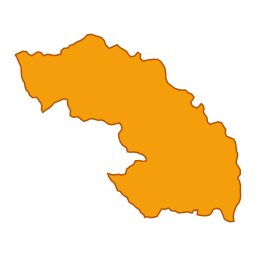 the district of Inhaúma, Minas Gerais, Brazil
{"feature_id": "56859067B77049971161893", "entity_name": "Inhaúma", "entity_type": "district", "adm_level": 2, "iso_a3": "BRA", "parent_name": "Brazil", "parent_adm1": "Minas Gerais", "projection": "mercator", "projection_center": [-44.417, -19.5], "detail": "fine", "context": "isolated", "style": "filled", "palette": "amber", "viewbox_px": 256, "rotation_deg": 0, "n_neighbors": 0, "source": "geoboundaries", "source_scale": "gbopen_adm2", "svg_char_len": 2665}
<svg xmlns="http://www.w3.org/2000/svg" viewBox="0 0 256 256"><path d="M107.8,173.6L108.7,176.6L110.9,180.1L114.5,183.3L116.4,187.4L117.5,190.6L120.3,191.4L122.0,193.9L124.7,196.0L127.2,197.5L129.1,202.0L133.0,204.5L136.4,207.6L139.3,209.6L140.8,212.6L143.8,214.7L144.7,217.4L147.5,216.6L150.2,217.7L153.4,217.3L156.9,216.5L159.7,212.1L161.6,208.9L165.2,209.3L168.6,207.9L171.3,210.8L174.7,210.9L178.6,212.9L183.1,212.5L187.5,211.8L192.1,213.0L193.7,210.3L197.5,210.0L197.3,214.7L201.2,215.5L205.4,215.8L209.3,215.0L211.7,212.6L213.0,209.6L216.1,208.4L219.6,209.0L221.4,211.2L223.0,215.2L224.4,218.9L226.8,220.5L230.0,221.7L233.9,221.2L233.3,217.3L233.8,212.5L235.2,208.9L236.6,205.6L239.2,202.2L240.1,199.3L240.6,196.4L240.3,191.4L240.5,186.0L239.6,181.5L237.6,177.7L240.2,174.5L240.3,170.2L238.7,167.3L236.0,162.9L236.8,159.2L237.7,154.6L236.2,149.8L235.9,145.2L235.2,141.9L233.8,139.3L229.9,137.6L226.4,136.3L225.3,133.1L225.7,129.5L223.8,126.6L221.4,122.7L217.9,121.9L214.5,122.9L209.9,124.4L207.3,121.6L206.9,117.5L204.8,114.6L203.3,112.1L204.0,109.1L203.4,106.0L201.2,103.7L199.1,106.1L197.1,108.1L192.4,106.1L190.6,102.4L192.6,99.7L194.0,97.2L191.6,94.1L188.2,92.6L185.2,90.0L182.5,90.1L178.7,89.8L174.3,88.1L170.3,85.1L167.3,82.4L165.8,78.0L165.7,73.6L165.3,70.7L164.6,67.3L162.8,64.5L161.0,61.8L157.9,59.5L154.4,59.3L150.1,59.6L146.5,60.3L143.3,61.2L140.2,58.3L140.6,54.2L137.6,52.4L134.8,55.9L130.8,56.8L128.6,54.8L126.6,51.5L123.0,49.2L119.9,47.5L117.1,44.7L113.6,46.3L109.2,48.4L105.8,45.1L104.2,40.7L101.5,37.6L96.2,36.0L91.0,34.3L87.2,35.0L84.5,38.0L81.1,40.2L76.2,42.5L72.6,44.7L69.8,45.5L68.1,47.9L63.8,48.4L61.3,50.5L60.9,53.9L57.7,55.0L53.8,55.6L50.6,54.8L47.8,54.2L43.7,55.7L40.6,52.4L37.5,52.0L34.6,53.9L31.8,55.7L28.8,54.5L26.4,51.6L22.8,51.3L18.9,53.1L15.4,54.8L17.5,58.6L18.9,62.3L21.2,67.3L21.2,71.3L21.5,75.5L22.7,79.9L24.5,82.7L25.0,85.9L25.8,89.4L28.2,91.9L29.6,95.1L32.4,97.6L37.1,97.5L39.1,100.8L41.1,103.3L41.9,106.2L41.4,109.5L42.7,112.4L45.5,110.3L48.4,108.5L51.4,106.2L54.2,102.7L57.8,101.4L61.3,99.9L63.9,98.8L67.5,99.6L67.6,104.0L68.6,106.9L70.5,110.2L70.2,115.6L73.3,117.3L76.1,116.8L78.9,117.2L81.0,119.4L84.0,121.3L87.3,120.2L90.6,118.6L93.8,119.0L97.9,120.2L102.0,120.0L105.4,121.8L108.2,124.0L111.4,124.8L115.4,123.9L119.4,122.9L121.5,125.8L122.0,129.2L120.2,131.6L118.5,134.0L118.9,137.3L120.3,142.0L122.3,144.9L126.5,147.9L127.4,151.7L130.7,152.2L133.9,152.0L136.9,152.4L139.6,153.5L143.3,155.0L146.1,157.8L146.2,160.9L142.6,161.4L139.3,160.5L135.5,160.8L133.4,164.7L129.9,166.5L126.7,169.2L125.6,174.1L121.3,175.0L118.2,174.2L115.4,174.9L111.5,174.6L107.8,173.6Z" fill="#f59e0b" stroke="#b45309" stroke-width="1.5"/></svg>